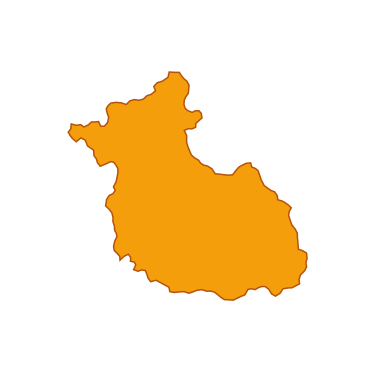 the district of Rio Espera, Minas Gerais, Brazil, rotated 29°
{"feature_id": "56859067B5369977360361", "entity_name": "Rio Espera", "entity_type": "district", "adm_level": 2, "iso_a3": "BRA", "parent_name": "Brazil", "parent_adm1": "Minas Gerais", "projection": "albers", "projection_center": [-43.501, -20.858], "detail": "fine", "context": "isolated", "style": "filled", "palette": "amber", "viewbox_px": 384, "rotation_deg": 29, "n_neighbors": 0, "source": "geoboundaries", "source_scale": "gbopen_adm2", "svg_char_len": 2554}
<svg xmlns="http://www.w3.org/2000/svg" viewBox="0 0 384 384"><g transform="rotate(29 192 192)"><path d="M220.9,289.9L225.0,288.6L229.2,285.6L233.4,283.0L238.4,282.0L241.2,279.0L243.9,275.6L247.9,272.7L252.6,271.7L257.0,269.4L260.5,268.7L264.6,269.4L268.7,270.2L272.6,270.4L276.3,268.5L280.5,266.6L283.3,262.6L285.6,259.4L288.1,256.4L288.2,250.0L290.9,247.8L294.6,246.7L296.5,243.4L299.0,240.7L301.9,239.2L306.4,239.9L310.9,242.5L315.5,242.6L318.1,237.9L318.5,232.6L322.7,229.2L325.9,227.3L328.1,223.9L330.6,220.2L328.0,216.6L327.1,211.9L328.7,206.3L328.5,201.9L325.8,198.5L324.9,194.4L321.8,189.9L316.9,189.7L312.9,190.5L310.4,186.9L308.1,183.3L306.0,180.3L304.1,177.0L300.4,174.5L295.3,172.4L291.3,168.8L287.9,165.7L286.5,162.0L286.5,157.7L282.6,156.7L279.0,156.2L275.2,156.2L270.7,157.2L268.4,153.9L264.2,151.8L260.5,152.4L257.0,152.0L252.0,151.4L246.5,147.7L242.6,144.1L239.4,141.3L236.1,140.7L232.0,141.1L229.2,138.1L225.5,140.6L223.5,143.4L221.0,147.3L219.8,152.6L219.2,157.3L216.0,159.4L211.7,161.4L208.2,162.7L203.4,164.8L198.1,162.0L193.0,161.8L189.1,162.8L185.6,162.6L182.3,161.0L177.6,160.9L173.5,159.9L170.2,157.4L166.6,154.5L163.3,151.3L160.0,145.3L155.4,141.9L158.0,138.5L161.4,136.8L163.8,133.6L162.1,130.0L163.3,126.8L164.8,122.3L161.9,118.7L158.7,117.6L155.5,119.3L153.6,122.3L148.5,122.9L145.2,122.0L142.5,119.3L140.8,115.6L140.4,112.2L140.9,107.6L139.3,103.7L137.6,100.0L133.9,97.6L130.0,96.8L126.2,95.4L123.0,93.5L118.3,96.0L113.9,98.1L115.4,103.3L112.3,109.5L108.6,113.3L107.4,118.2L111.0,121.2L109.0,126.3L105.8,129.8L104.4,134.4L100.9,137.6L96.8,139.1L93.5,142.4L92.1,147.3L87.0,148.3L82.1,150.4L77.9,153.6L76.7,157.3L76.7,160.8L79.3,163.9L82.8,166.9L84.5,172.0L83.5,176.9L80.3,178.7L76.1,175.7L73.3,177.7L70.2,179.4L68.7,183.6L65.9,187.6L62.2,187.0L58.2,189.9L53.4,191.0L55.4,195.7L54.7,199.6L57.5,201.4L61.2,203.1L66.4,204.2L68.6,198.5L73.5,198.4L78.2,202.3L85.8,203.2L88.6,207.7L92.3,209.4L95.1,212.2L99.2,214.0L103.3,208.9L106.1,204.9L109.3,203.9L112.7,205.5L115.8,207.5L117.9,211.1L119.2,215.2L120.7,220.1L120.8,225.6L124.1,227.9L123.6,232.0L121.3,235.0L120.9,239.9L123.2,246.1L127.4,247.1L132.0,249.1L135.3,252.6L137.1,256.1L140.7,259.5L142.9,263.0L145.9,264.9L148.0,267.5L148.2,272.2L149.8,277.7L152.4,280.9L156.5,282.0L160.0,283.3L162.1,286.5L163.7,281.3L166.5,277.3L170.1,279.0L171.7,282.4L175.6,281.3L178.2,283.1L178.5,288.2L183.2,287.5L185.6,284.7L189.3,283.3L192.4,285.8L195.3,288.6L199.3,290.5L203.2,286.7L208.4,286.5L213.4,286.5L218.0,286.5L220.9,289.9Z" fill="#f59e0b" stroke="#b45309" stroke-width="1.5"/></g></svg>